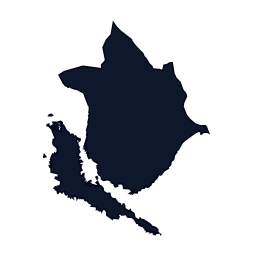 Kota Bitung, Sulawesi Utara, Indonesia (Mercator projection), rotated 98°
{"feature_id": "22746128B20507278995893", "entity_name": "Kota Bitung", "entity_type": "district", "adm_level": 2, "iso_a3": "IDN", "parent_name": "Indonesia", "parent_adm1": "Sulawesi Utara", "projection": "mercator", "projection_center": [125.223, 1.491], "detail": "fine", "context": "isolated", "style": "filled", "palette": "ink", "viewbox_px": 256, "rotation_deg": 98, "n_neighbors": 0, "source": "geoboundaries", "source_scale": "gbopen_adm2", "svg_char_len": 6024}
<svg xmlns="http://www.w3.org/2000/svg" viewBox="0 0 256 256"><g transform="rotate(98 128 128)"><path d="M81.0,198.9L85.1,203.7L92.7,198.3L95.0,195.6L95.0,193.3L96.6,193.4L95.3,193.2L95.9,193.0L95.9,192.8L94.8,192.3L95.9,190.3L96.9,185.5L96.3,185.3L99.5,176.7L111.0,170.4L111.2,169.6L114.7,168.8L118.3,168.8L119.6,167.9L121.1,168.7L122.9,168.0L128.1,168.4L129.5,167.8L136.0,168.7L136.9,168.0L141.1,167.9L141.5,167.2L152.9,169.0L152.9,167.9L151.2,167.8L151.3,166.8L153.7,166.3L154.7,168.3L155.0,166.4L155.7,166.1L156.0,166.9L156.4,166.9L155.7,165.8L157.5,164.9L158.4,165.4L158.5,164.4L158.8,165.2L159.4,164.8L159.1,164.9L158.5,164.3L158.7,164.0L160.7,164.3L163.6,162.5L162.2,160.1L165.3,157.7L167.4,152.6L169.2,152.4L169.6,153.4L170.2,153.4L169.7,153.2L172.0,153.1L172.4,152.2L174.0,152.1L174.7,151.2L176.3,151.8L178.9,149.8L178.9,148.7L180.3,147.6L182.3,147.2L183.4,144.9L182.0,141.1L182.7,137.7L184.4,137.0L185.4,133.8L186.8,133.7L188.1,132.2L186.9,130.1L185.7,130.5L184.6,129.6L184.1,126.6L185.1,124.9L188.4,123.8L188.0,117.7L188.9,117.1L188.8,116.4L190.5,115.5L190.1,115.2L190.3,114.9L192.4,117.1L192.2,116.0L188.8,113.9L190.0,113.9L192.7,115.6L192.5,114.7L193.2,114.9L191.1,112.9L191.2,110.1L188.4,109.3L188.3,107.3L186.1,106.3L185.1,103.3L183.7,102.9L183.9,100.2L183.2,98.9L181.8,98.4L181.5,97.5L179.1,97.0L177.9,94.9L177.0,95.2L176.2,94.2L174.6,93.9L174.3,92.6L173.4,92.9L172.5,91.9L170.2,91.2L169.4,90.1L170.1,89.5L169.5,88.3L165.9,86.7L162.3,82.4L161.1,82.8L158.6,80.7L155.1,80.6L152.9,78.5L148.4,78.2L146.8,77.1L145.8,77.3L145.4,76.4L143.9,76.7L142.5,75.1L135.1,72.2L132.6,70.2L124.1,61.5L121.6,58.2L121.4,56.5L122.1,55.2L123.8,55.0L123.7,54.2L121.9,52.8L121.1,48.7L121.6,47.5L116.1,50.5L115.0,51.8L115.8,56.6L114.6,62.1L110.7,68.3L107.0,72.1L99.2,76.5L95.6,76.5L88.5,74.5L86.7,75.2L84.8,76.4L83.5,78.5L75.4,82.9L71.9,87.4L67.7,90.1L57.2,93.3L57.8,95.8L59.8,98.2L60.8,101.1L65.1,101.5L66.4,102.4L65.7,104.8L66.1,111.6L63.3,113.2L61.5,116.0L56.8,119.7L55.2,121.9L52.3,123.6L46.0,131.7L41.7,136.1L40.0,136.9L33.0,149.1L29.6,153.5L25.6,157.2L37.8,157.6L43.8,161.6L51.7,163.9L63.5,159.8L65.0,160.1L69.2,163.0L73.0,162.1L73.1,181.2L81.0,198.9ZM228.5,85.5L227.8,82.8L226.5,84.3L224.5,84.3L222.5,87.0L222.3,90.0L220.0,92.8L217.6,97.8L218.1,99.0L216.7,99.4L216.5,102.8L217.8,105.8L216.6,106.8L216.4,108.4L211.6,110.4L210.0,113.8L208.6,114.3L210.0,115.5L208.9,118.5L207.5,120.1L205.1,120.6L203.8,121.6L204.4,122.7L205.6,122.7L205.8,124.8L204.0,125.2L203.6,127.5L199.8,131.0L200.2,131.9L199.6,134.2L198.3,135.8L195.1,136.9L195.8,139.8L194.0,143.5L191.2,144.3L189.4,146.1L188.8,148.2L185.1,150.7L186.6,152.0L187.9,149.7L189.0,149.8L189.4,149.0L190.6,150.4L189.5,150.6L189.3,151.6L191.0,152.1L189.6,152.5L189.0,154.2L189.0,155.4L191.0,156.8L190.7,158.1L189.0,156.0L187.9,157.1L187.7,158.5L185.9,158.5L185.7,157.4L185.2,157.5L186.6,159.7L189.4,161.1L189.3,162.2L187.1,162.2L187.9,163.3L187.1,164.4L187.4,165.3L185.9,165.5L185.6,163.5L184.4,163.6L183.1,165.0L179.3,165.3L179.4,166.0L182.0,167.2L181.1,168.9L177.7,169.7L176.1,167.7L174.5,168.9L171.5,169.4L170.9,168.8L170.7,169.5L171.3,170.0L170.5,171.4L168.9,170.9L167.8,168.5L166.4,170.1L167.4,171.3L166.9,172.4L165.2,172.4L164.1,171.2L163.1,171.9L163.6,173.4L160.6,173.3L160.5,173.9L158.4,172.3L155.5,174.2L154.1,173.7L153.8,175.0L152.9,174.3L150.9,175.8L149.5,175.6L149.2,176.6L147.3,177.3L146.3,177.0L146.1,175.7L147.8,174.5L147.0,173.8L145.4,173.9L145.1,176.7L143.2,178.8L143.5,181.0L142.2,181.3L141.7,182.6L142.8,183.2L142.1,185.4L140.7,185.8L139.1,188.7L134.9,191.6L133.4,193.5L131.6,194.0L130.7,195.5L132.0,198.4L132.7,195.2L133.3,195.0L133.0,194.0L134.7,194.3L134.6,196.1L137.3,193.4L138.0,194.7L140.1,193.8L140.7,195.1L138.6,197.4L137.8,197.1L137.8,197.7L137.0,196.9L136.9,197.6L134.0,197.8L133.1,200.2L132.3,200.4L132.7,203.2L134.0,202.2L135.8,203.0L136.9,204.4L137.3,205.7L136.6,206.6L135.1,207.0L136.0,208.5L137.1,208.5L137.0,207.1L139.2,204.1L138.8,202.0L137.5,202.1L136.1,200.8L136.7,199.6L137.7,200.7L139.6,199.5L139.1,201.0L140.2,201.3L140.6,203.0L148.3,198.7L150.2,200.6L150.8,200.0L152.5,200.6L155.0,199.6L157.7,195.5L160.9,194.7L163.1,195.6L163.6,196.3L163.1,197.1L164.3,197.0L164.3,199.0L168.4,200.2L169.5,199.6L170.0,200.3L171.1,199.1L172.4,200.5L173.2,199.3L173.8,200.3L174.7,199.8L175.5,198.4L175.9,199.4L177.0,198.8L176.6,200.5L177.8,199.8L178.0,198.7L182.5,198.0L183.0,191.2L183.8,190.4L186.7,190.0L186.5,192.6L188.0,193.1L190.3,186.8L195.2,187.5L195.3,189.8L196.5,189.7L196.4,191.9L198.0,192.9L198.4,191.4L199.3,191.3L199.0,189.6L200.1,189.7L200.8,188.2L201.4,188.9L202.3,188.7L202.5,188.2L200.1,186.7L201.5,184.4L199.8,183.5L200.1,182.4L199.3,181.0L199.8,180.5L201.3,181.5L202.3,180.9L202.9,179.9L201.8,179.4L202.1,177.8L204.6,177.5L204.0,176.0L205.3,175.2L204.2,174.4L205.3,172.5L203.7,173.3L202.7,171.8L203.4,171.0L202.5,170.3L202.6,169.5L205.3,168.6L203.6,168.1L204.3,164.7L203.3,164.4L203.1,163.4L204.1,163.3L203.6,162.0L205.4,160.9L205.9,159.7L205.5,158.3L207.5,156.6L208.7,153.1L209.5,152.7L210.5,153.4L210.4,148.9L211.4,147.9L213.2,147.9L212.9,147.0L213.6,145.7L212.8,144.6L213.8,144.5L213.5,143.1L214.6,142.5L212.5,141.9L211.5,139.8L214.1,137.4L217.3,136.9L220.4,131.1L219.4,131.4L219.2,125.1L217.0,124.5L216.0,125.7L214.3,124.8L214.1,123.1L215.1,122.3L213.9,118.0L216.3,115.9L216.0,111.5L217.6,108.9L221.2,106.1L221.0,104.4L222.3,103.8L221.7,103.0L222.9,103.0L222.9,101.7L223.6,101.3L222.9,100.0L224.6,98.4L224.2,97.5L226.5,96.9L226.3,95.0L228.0,95.3L227.3,92.0L227.7,89.9L228.6,89.1L227.1,89.9L226.5,89.0L228.5,85.5ZM126.9,208.2L126.6,205.5L125.9,204.6L125.1,206.0L125.8,207.7L126.9,208.2ZM168.9,208.0L167.9,205.4L166.1,207.2L168.4,207.3L168.9,208.0ZM181.8,151.1L180.4,152.0L181.1,152.9L182.9,151.6L181.8,151.1ZM230.4,86.2L228.9,86.3L228.2,88.1L229.5,88.0L229.6,86.5L230.4,86.2ZM215.0,103.7L215.9,103.6L216.0,103.1L215.0,103.7ZM228.5,91.6L228.4,91.1L228.0,91.0L228.1,91.4L228.5,91.6ZM228.9,80.7L229.1,80.7L229.1,80.3L228.9,80.7ZM205.1,166.4L204.6,166.1L204.4,166.3L205.1,166.4Z" fill="#0f172a" stroke="#020617" stroke-width="1.5"/></g></svg>